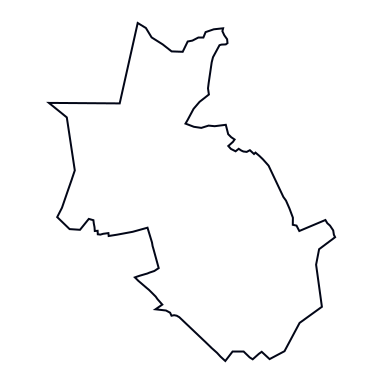 outline of Onitsha North, Anambra, Nigeria
{"feature_id": "59680162B73411137510562", "entity_name": "Onitsha North", "entity_type": "district", "adm_level": 2, "iso_a3": "NGA", "parent_name": "Nigeria", "parent_adm1": "Anambra", "projection": "albers", "projection_center": [6.801, 6.162], "detail": "fine", "context": "isolated", "style": "outline", "palette": "ink", "viewbox_px": 384, "rotation_deg": 0, "n_neighbors": 0, "source": "geoboundaries", "source_scale": "gbopen_adm2", "svg_char_len": 1692}
<svg xmlns="http://www.w3.org/2000/svg" viewBox="0 0 384 384"><path d="M155.5,309.3L166.0,310.5L170.1,312.7L171.5,315.7L174.1,315.2L176.7,315.7L179.3,317.2L207.5,344.0L211.6,348.0L217.0,352.8L220.5,356.6L225.3,361.0L232.6,351.5L243.6,351.5L249.7,357.4L252.7,359.3L258.9,353.8L261.7,351.8L269.6,359.1L284.5,351.2L299.6,322.9L321.9,306.8L316.1,264.7L319.1,249.2L335.1,237.2L333.9,234.8L333.2,230.4L330.0,225.6L327.3,223.2L325.4,220.0L299.3,231.0L296.5,225.6L292.8,224.8L292.9,217.7L289.5,208.6L286.0,200.6L283.4,197.0L268.6,165.7L263.0,159.4L259.6,156.1L255.5,152.6L254.0,154.0L249.9,150.2L246.7,151.9L243.4,151.5L241.4,150.6L238.7,148.8L235.6,151.3L230.9,148.9L228.3,146.0L230.9,143.7L233.0,141.8L234.6,139.5L231.2,137.2L228.2,134.2L225.8,124.8L214.7,126.2L208.6,125.6L201.3,127.9L193.9,126.8L185.5,123.6L187.6,120.0L193.6,108.8L199.6,101.8L208.9,94.5L208.0,88.4L208.7,82.8L211.7,62.3L213.0,57.2L219.5,45.2L221.4,44.6L225.8,44.4L227.5,43.1L227.1,39.2L224.3,35.3L222.4,31.2L223.1,28.3L213.8,29.3L205.6,32.1L203.4,37.5L198.4,37.5L192.4,40.6L187.7,41.5L182.7,51.8L171.6,51.4L162.7,44.4L151.6,37.4L145.9,28.0L137.7,23.0L119.7,103.4L48.9,102.9L50.0,103.8L66.8,117.4L74.8,170.4L72.0,178.7L72.0,178.8L67.6,191.4L62.0,207.7L57.2,217.1L69.6,229.1L80.0,229.8L88.8,218.9L93.4,220.2L93.8,223.5L94.5,227.1L94.8,231.0L97.6,230.8L97.8,234.3L100.4,234.6L103.2,233.8L108.4,233.1L108.7,236.0L117.0,234.7L126.2,233.0L132.7,231.8L147.5,227.7L152.0,242.5L152.6,246.1L153.4,248.8L158.7,268.1L154.3,271.0L149.5,272.6L147.4,273.5L143.9,274.5L139.8,275.7L137.1,276.6L134.9,277.4L138.4,280.9L146.6,287.9L148.9,289.8L155.7,296.6L157.6,299.3L162.3,304.6L155.5,309.3Z" fill="none" stroke="#020617" stroke-width="2"/></svg>